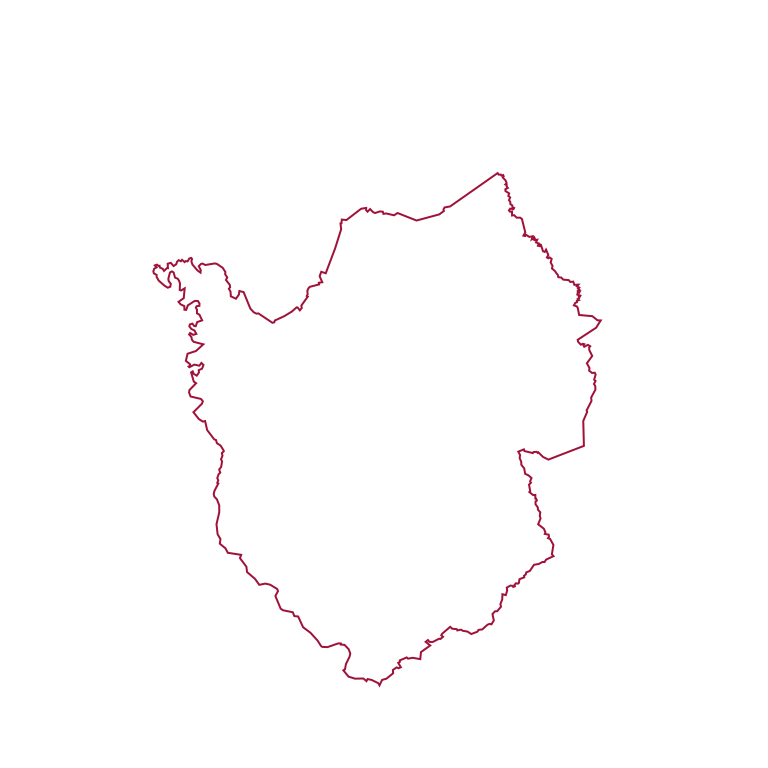 the district of Kosum Phisai, Maha Sarakham, Thailand, rotated 315°
{"feature_id": "78962969B36169565655926", "entity_name": "Kosum Phisai", "entity_type": "district", "adm_level": 2, "iso_a3": "THA", "parent_name": "Thailand", "parent_adm1": "Maha Sarakham", "projection": "mercator", "projection_center": [103.006, 16.27], "detail": "fine", "context": "isolated", "style": "outline", "palette": "rose", "viewbox_px": 768, "rotation_deg": 315, "n_neighbors": 0, "source": "geoboundaries", "source_scale": "gbopen_adm2", "svg_char_len": 6166}
<svg xmlns="http://www.w3.org/2000/svg" viewBox="0 0 768 768"><g transform="rotate(315 384 384)"><path d="M152.8,557.7L152.0,565.9L155.2,571.9L161.2,577.7L161.5,581.7L163.7,581.0L166.0,584.5L168.4,591.5L167.7,593.9L173.4,591.9L177.4,594.1L185.9,595.0L188.1,592.5L192.5,593.3L193.3,595.2L195.6,596.2L196.9,591.2L198.8,591.7L199.7,590.6L206.7,593.4L206.8,595.2L210.7,597.9L215.1,604.2L220.6,599.7L231.8,601.6L231.1,595.8L234.0,596.1L233.8,598.5L236.1,600.9L242.9,603.1L243.6,604.2L247.0,604.5L246.8,602.2L248.5,601.7L259.1,602.5L259.2,605.3L262.1,608.8L261.6,610.1L264.7,612.1L265.3,614.4L268.0,618.1L268.9,622.5L274.9,625.2L277.0,624.7L279.9,627.0L287.0,627.4L289.2,628.4L290.0,629.9L294.4,628.9L298.0,623.4L301.7,623.2L303.4,624.7L309.3,624.2L310.6,622.0L315.3,619.9L319.1,616.4L320.8,619.4L325.1,617.1L326.8,614.8L330.8,615.9L332.2,617.6L331.9,618.9L333.5,619.6L334.3,618.3L336.4,618.2L337.5,619.9L338.8,620.0L341.8,617.8L346.5,619.9L347.4,618.6L349.7,618.9L351.3,617.8L355.0,619.3L362.2,617.9L366.2,620.7L370.2,621.9L371.6,623.4L374.5,622.8L382.1,625.6L382.3,623.1L390.0,617.6L391.9,610.9L391.0,609.0L392.7,608.6L393.9,607.0L391.7,603.7L393.3,602.9L394.7,599.4L393.8,592.2L399.7,589.7L400.8,587.5L403.8,585.2L404.0,581.7L405.5,580.0L406.1,576.2L408.1,574.2L409.7,574.5L410.5,572.6L410.0,572.0L412.6,569.4L410.9,568.0L410.4,563.2L411.5,563.3L415.4,557.7L418.1,557.7L418.4,556.2L421.8,554.8L421.6,550.9L420.3,547.3L423.5,542.8L424.0,538.2L426.0,536.1L427.6,532.2L430.0,530.5L431.1,526.8L436.7,529.1L435.9,530.7L440.4,538.1L441.5,537.8L444.0,539.9L443.9,541.3L444.8,541.4L444.9,548.1L446.8,553.7L481.6,569.1L498.8,551.0L508.1,547.3L508.5,546.0L518.7,542.7L521.0,540.0L529.5,537.5L532.0,534.7L532.5,532.4L535.7,531.5L535.6,529.6L540.4,526.9L541.0,525.0L538.9,523.3L538.5,519.6L540.6,518.0L542.1,512.8L551.1,511.4L553.1,505.3L554.9,503.2L556.5,503.1L555.9,500.5L551.9,499.3L552.5,497.4L553.7,497.4L553.1,496.2L551.0,495.4L551.1,491.4L552.2,489.7L573.8,494.2L582.2,492.3L580.0,489.9L579.3,483.4L570.8,473.2L574.8,467.2L575.2,465.4L573.9,462.7L576.5,461.9L578.4,462.6L579.3,461.5L581.2,462.5L581.2,460.9L582.8,461.2L583.8,459.6L584.5,460.7L585.4,460.4L583.9,457.5L586.2,456.0L586.5,457.4L588.3,456.9L587.3,455.2L589.0,455.2L588.8,453.7L590.2,453.8L589.4,451.4L591.7,451.2L588.7,448.5L590.2,445.4L587.9,443.6L588.1,441.2L584.5,436.9L584.6,434.1L582.8,431.7L583.9,430.1L584.7,425.1L584.5,421.0L586.7,419.7L587.7,416.0L591.0,414.1L590.6,411.6L589.0,411.2L588.7,409.7L591.4,409.0L593.6,403.6L591.1,404.3L590.3,402.6L593.4,396.5L592.9,395.5L591.5,396.5L590.6,395.0L592.8,394.1L591.6,391.4L594.3,390.3L592.4,389.1L591.9,387.6L593.3,388.2L594.0,386.4L591.0,386.1L593.5,384.6L590.8,382.8L590.0,379.1L588.5,379.2L587.5,377.7L591.1,376.7L598.2,364.9L597.9,362.7L595.4,360.2L595.4,356.6L593.7,355.4L596.5,352.5L595.0,351.4L595.1,349.6L597.2,349.2L599.2,351.9L600.5,351.5L599.9,349.8L601.0,348.4L600.6,346.1L602.0,344.6L602.4,342.4L605.1,341.3L604.9,338.9L607.3,337.7L606.3,333.5L607.5,332.1L610.2,332.9L610.4,331.0L611.5,330.1L610.9,328.7L612.8,328.6L613.9,326.1L614.0,322.0L615.5,321.8L616.0,320.5L614.4,319.7L614.7,318.5L613.1,317.0L613.5,315.2L556.3,305.2L551.7,302.0L549.5,302.6L548.7,304.0L543.1,303.2L522.6,291.4L514.5,272.7L510.4,271.8L506.2,265.0L503.9,263.3L505.0,261.4L503.2,259.1L498.6,256.8L497.8,254.8L497.9,250.5L494.2,250.5L494.3,248.4L495.9,246.9L491.7,243.9L473.4,241.5L470.4,237.9L467.6,240.3L466.8,239.7L463.1,244.3L445.4,253.5L421.1,264.5L419.0,260.3L414.7,262.3L412.3,268.4L409.5,266.3L408.5,267.7L400.2,262.8L398.3,262.9L395.8,263.8L393.5,266.5L391.6,267.2L391.9,268.3L381.0,270.1L379.6,272.1L376.6,272.4L377.0,268.7L376.3,268.0L370.0,267.6L361.4,265.5L351.7,261.9L350.0,262.8L348.4,261.8L345.1,245.3L343.6,244.1L342.6,241.2L342.8,236.2L349.7,219.8L347.5,216.0L344.5,218.2L339.6,219.0L337.7,213.7L340.9,210.0L341.6,207.0L343.6,206.8L345.1,204.7L345.8,198.7L348.5,197.8L349.3,194.0L351.0,192.7L352.1,187.8L350.8,181.0L349.6,179.1L341.8,173.5L340.8,170.5L339.5,169.7L336.3,169.7L335.0,173.9L333.0,175.5L332.4,171.8L333.0,164.1L334.5,161.1L336.7,159.8L336.8,158.5L335.0,157.6L331.8,158.4L330.6,156.8L329.2,156.8L329.0,153.4L327.2,153.6L326.4,151.3L324.2,151.2L321.7,152.4L318.6,151.8L318.9,147.6L316.1,146.0L313.1,149.3L312.6,148.6L308.4,148.5L309.0,146.1L307.9,143.3L308.9,141.7L308.0,141.1L307.9,139.1L305.8,138.1L305.6,140.7L303.0,140.0L300.6,141.2L299.5,143.1L300.4,146.0L298.9,147.6L297.8,151.6L298.3,159.2L299.2,163.0L301.7,164.1L304.1,162.4L304.5,159.0L305.9,157.1L311.5,153.8L313.7,154.4L314.1,156.4L311.5,161.0L312.6,163.8L312.0,166.3L310.8,168.7L306.0,173.1L306.7,174.4L310.7,175.4L303.1,181.7L296.8,180.6L296.5,183.9L297.9,187.7L295.4,190.4L296.5,191.7L300.9,189.7L308.9,191.4L311.1,193.7L310.4,196.7L308.7,198.2L306.6,196.5L305.0,196.9L304.3,199.2L301.7,201.8L302.5,204.5L300.4,210.4L295.7,208.1L291.7,210.0L290.8,208.7L291.2,205.8L288.8,204.6L287.1,205.6L286.7,208.9L287.8,212.1L286.7,215.9L283.8,214.3L283.0,210.8L281.2,211.2L281.1,214.5L279.5,216.8L279.2,219.5L284.3,228.2L274.3,227.7L266.5,223.7L260.3,227.5L260.8,233.0L259.9,234.0L258.2,233.5L258.2,234.5L263.6,236.2L266.4,240.5L269.8,240.0L269.8,242.9L266.1,244.5L262.8,243.2L261.3,245.0L257.5,245.7L256.6,242.2L257.7,239.8L255.8,239.4L251.2,247.8L251.7,250.6L242.2,250.7L240.2,252.1L238.4,256.1L244.0,265.1L243.7,268.1L241.4,269.2L229.3,269.2L228.3,277.8L229.3,282.5L231.3,283.7L226.4,291.5L224.8,303.0L225.6,304.9L224.0,307.6L224.9,312.0L223.6,317.6L223.1,318.3L220.5,318.2L219.1,320.5L215.5,322.0L214.8,324.2L210.2,327.5L207.0,327.9L205.5,330.9L203.4,330.8L199.6,332.6L198.7,334.9L196.2,336.0L196.5,337.2L188.5,339.7L185.8,341.4L184.4,343.6L184.3,347.4L181.7,353.3L176.7,358.3L166.4,364.7L160.1,372.6L158.7,378.0L155.0,380.8L155.7,388.1L154.2,392.9L162.2,403.8L159.0,405.3L157.5,415.9L154.2,420.1L155.0,430.7L153.8,437.8L158.9,441.2L161.6,445.4L163.5,453.4L162.6,455.5L157.3,457.1L152.1,469.7L152.5,472.4L158.1,480.9L156.5,484.7L158.9,487.7L154.8,498.8L156.1,507.9L155.6,518.5L154.2,524.8L154.5,526.3L158.0,530.1L168.3,535.1L170.0,537.0L169.2,537.7L171.6,540.5L171.5,546.5L169.6,550.7L166.8,552.5L159.1,555.1L154.6,558.2L152.8,557.7Z" fill="none" stroke="#9f1239" stroke-width="2"/></g></svg>